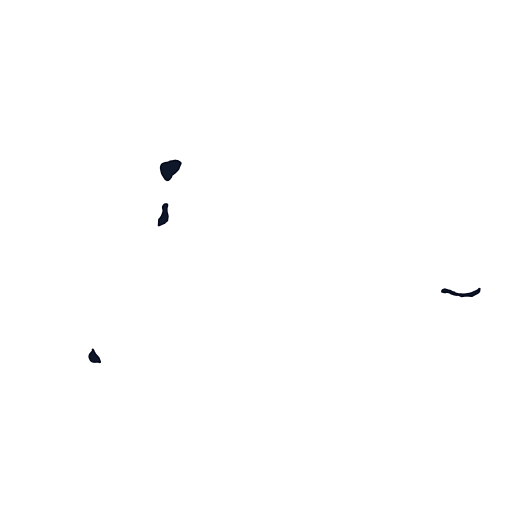 Ulithi, Federated States of Micronesia (Natural Earth projection), rotated 247°
{"feature_id": "79324940B95008512359217", "entity_name": "Ulithi", "entity_type": "district", "adm_level": 2, "iso_a3": "FSM", "parent_name": "Federated States of Micronesia", "parent_adm1": "", "projection": "natural_earth1", "projection_center": [139.729, 9.995], "detail": "fine", "context": "isolated", "style": "filled", "palette": "ink", "viewbox_px": 512, "rotation_deg": 247, "n_neighbors": 0, "source": "geoboundaries", "source_scale": "gbopen_adm2", "svg_char_len": 1929}
<svg xmlns="http://www.w3.org/2000/svg" viewBox="0 0 512 512"><g transform="rotate(247 256 256)"><path d="M373.6,202.4L370.5,201.7L368.9,201.5L366.9,201.6L365.3,201.9L363.8,202.1L362.6,202.3L361.5,202.8L360.4,203.6L360.0,205.0L360.3,206.3L361.8,209.0L363.0,209.9L363.4,210.6L363.5,211.5L364.0,213.2L364.1,213.9L364.4,214.6L365.1,216.4L365.7,217.7L366.5,219.1L367.3,219.6L370.5,223.0L371.0,223.2L371.9,222.9L374.1,221.3L375.7,218.8L375.8,217.7L376.1,216.2L376.4,215.5L376.8,213.7L376.7,213.2L376.5,212.9L376.8,210.6L377.1,210.0L377.4,208.1L377.5,206.5L377.2,205.0L376.5,204.1L375.4,203.2L374.2,202.5L373.6,202.4ZM322.2,178.2L321.9,178.4L322.0,183.9L321.9,184.7L322.5,185.6L322.9,187.5L323.2,188.2L323.8,188.7L325.3,189.4L326.3,190.2L327.8,190.7L329.0,190.9L331.2,191.2L333.5,192.0L335.0,192.7L337.0,194.3L338.1,194.6L338.8,194.2L339.4,192.5L339.3,191.7L338.8,190.5L337.7,189.3L336.3,188.8L334.3,188.5L332.5,187.4L330.9,185.9L329.8,184.8L328.5,182.9L327.6,180.9L322.2,178.2ZM151.5,413.7L150.4,413.1L149.2,414.5L148.4,415.9L148.2,417.4L146.8,419.6L145.0,420.9L143.2,422.9L141.6,425.2L141.6,425.6L140.6,427.5L138.5,429.3L138.3,429.8L137.5,432.9L136.2,436.0L135.5,437.2L134.9,438.3L134.5,439.5L134.7,440.2L135.1,445.5L135.4,446.7L136.0,447.8L137.4,448.7L138.5,449.2L138.8,448.7L138.0,446.8L137.9,445.4L137.9,442.8L137.8,440.2L138.0,438.5L139.0,434.2L140.1,431.1L140.8,430.2L141.8,427.6L142.4,427.1L143.9,424.9L145.0,424.6L146.2,422.9L148.3,421.3L149.3,419.8L151.7,417.0L151.9,416.1L151.9,414.6L151.5,413.7ZM219.1,70.8L219.1,71.1L219.6,71.3L220.1,71.4L223.9,71.5L224.3,71.3L225.9,70.8L228.8,69.8L230.0,69.8L230.8,69.6L231.5,69.6L232.3,69.7L233.7,69.5L233.9,69.2L233.8,68.9L232.6,68.7L232.0,67.5L231.5,66.6L231.1,65.6L230.6,64.7L229.5,63.6L228.2,63.0L227.4,62.8L224.7,62.9L223.6,63.3L222.5,64.2L221.9,65.0L221.2,66.4L220.6,68.2L220.0,69.5L219.7,69.9L219.3,70.1L219.1,70.8Z" fill="#0f172a" stroke="#020617" stroke-width="1.5"/></g></svg>